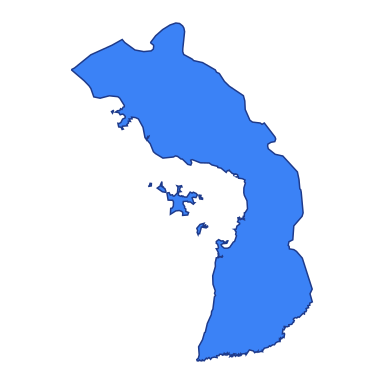 Kolaka, Sulawesi Tenggara, Indonesia (Mercator projection)
{"feature_id": "22746128B69202393010200", "entity_name": "Kolaka", "entity_type": "district", "adm_level": 2, "iso_a3": "IDN", "parent_name": "Indonesia", "parent_adm1": "Sulawesi Tenggara", "projection": "mercator", "projection_center": [121.519, -4.102], "detail": "fine", "context": "isolated", "style": "filled", "palette": "blue", "viewbox_px": 384, "rotation_deg": 0, "n_neighbors": 0, "source": "geoboundaries", "source_scale": "gbopen_adm2", "svg_char_len": 6063}
<svg xmlns="http://www.w3.org/2000/svg" viewBox="0 0 384 384"><path d="M312.3,301.9L310.0,293.8L312.2,289.1L302.3,258.1L296.5,251.4L293.8,249.6L289.4,248.9L289.1,246.3L288.2,245.4L288.9,241.8L292.8,239.8L293.8,225.9L302.1,216.3L303.1,212.9L301.2,192.1L300.7,189.7L299.8,188.8L299.0,179.6L297.4,171.9L282.8,156.0L275.2,154.3L268.3,148.8L267.6,146.0L267.9,144.1L271.0,142.3L274.8,141.6L275.7,139.0L275.0,137.0L264.3,123.0L262.0,124.3L260.2,123.0L252.5,122.1L249.9,120.2L245.2,109.5L244.8,100.9L243.4,95.7L229.3,86.2L224.4,81.4L219.3,73.5L216.5,72.2L215.3,69.9L202.6,62.6L193.7,60.6L192.2,59.1L183.7,54.5L182.7,51.5L182.8,48.6L184.6,31.6L183.9,28.1L182.6,25.9L179.6,23.5L175.8,23.0L170.0,25.0L162.6,29.6L155.7,35.7L150.7,42.3L150.9,43.1L153.5,45.1L153.7,46.2L153.3,49.1L151.1,50.9L143.8,51.6L135.0,50.0L124.7,42.5L122.2,39.5L112.0,45.2L90.8,54.8L74.5,68.0L71.8,69.4L71.7,70.1L84.1,80.7L89.1,85.9L90.9,88.6L93.8,96.9L100.1,98.2L109.4,95.8L117.8,96.7L119.7,98.1L124.3,105.4L124.3,106.8L123.1,107.2L121.9,109.4L120.6,108.7L119.7,110.5L117.5,110.7L115.5,112.1L118.8,112.6L120.2,114.8L122.2,114.1L123.5,114.4L125.3,116.5L125.1,117.9L122.6,119.1L120.9,122.4L119.2,123.5L117.9,123.3L118.7,126.9L121.1,127.3L122.1,129.5L123.3,129.1L122.4,127.8L122.5,126.2L127.4,125.8L126.9,124.5L128.5,123.0L128.3,121.2L130.4,121.4L129.1,119.0L132.1,118.8L131.6,117.1L135.5,117.6L138.4,118.9L143.0,127.3L145.0,137.7L146.3,138.4L145.8,138.7L146.4,139.6L146.5,138.7L147.5,138.2L147.4,137.8L147.8,136.7L148.0,136.7L148.4,137.1L148.4,136.9L148.8,136.6L148.8,136.3L149.0,136.2L148.9,136.6L148.5,137.2L147.9,136.7L147.6,138.3L146.6,139.4L150.2,143.7L153.4,151.7L155.5,153.6L162.9,158.1L173.4,157.0L175.5,155.9L177.6,156.4L181.0,159.0L182.4,159.1L187.8,164.4L190.8,165.1L191.7,162.9L190.7,160.2L192.2,159.6L200.4,162.8L209.2,163.0L211.8,164.9L217.6,166.4L217.8,167.5L221.0,168.1L226.2,172.4L227.3,170.7L228.9,170.3L228.5,171.3L229.2,170.4L232.1,173.3L234.0,174.1L233.9,175.0L235.0,174.3L234.4,173.9L235.6,174.0L235.3,174.8L235.6,174.0L237.5,174.6L237.7,176.7L236.4,176.9L236.9,177.1L238.3,176.6L238.5,178.2L242.4,178.7L245.0,180.0L244.4,181.8L245.4,183.0L243.9,187.9L243.8,192.7L244.3,195.2L247.0,200.8L247.5,208.9L245.1,212.7L244.4,212.8L244.3,216.5L242.7,216.2L243.8,216.7L243.0,217.7L244.1,218.7L243.5,218.8L243.9,219.5L241.5,218.5L241.6,219.1L240.3,219.6L239.6,217.8L239.3,218.5L238.8,217.6L237.9,217.8L238.4,220.1L237.5,221.8L239.7,223.2L239.6,224.1L236.9,226.1L236.2,229.1L234.4,229.3L235.5,229.8L235.1,230.6L236.2,231.9L235.6,234.4L236.5,235.8L234.6,241.4L233.3,242.1L229.8,247.2L227.6,248.2L224.3,248.2L221.9,246.3L221.1,244.8L222.6,243.7L226.8,243.3L227.9,240.9L227.1,240.8L226.1,242.5L225.2,242.7L224.8,241.8L223.8,242.7L223.1,240.8L221.2,241.0L218.7,239.6L216.3,241.5L216.3,243.4L217.6,244.1L218.5,247.5L218.0,248.6L216.3,248.7L218.3,252.4L218.0,253.9L218.8,254.1L217.9,256.9L218.7,257.2L218.8,256.6L219.4,256.3L221.7,257.1L222.3,255.9L222.6,256.3L222.0,257.3L219.3,256.6L218.6,257.6L216.3,257.8L215.2,262.8L215.4,266.4L212.7,275.8L213.0,284.3L215.3,291.0L214.5,293.3L215.5,295.4L214.4,296.9L212.9,309.1L211.6,311.5L211.3,314.6L207.3,323.5L205.3,332.2L204.5,332.7L202.5,339.7L198.6,346.8L199.2,355.0L198.2,358.4L196.8,359.5L197.1,360.7L198.1,361.0L199.6,359.9L199.9,360.6L201.9,360.9L202.3,359.8L204.1,360.8L206.3,358.2L207.2,358.9L209.0,357.5L210.6,359.3L211.8,357.7L214.4,357.1L217.1,357.6L216.7,355.7L219.0,355.6L219.5,354.4L221.1,354.2L222.5,355.1L223.1,354.2L223.4,354.8L224.0,354.3L224.7,354.7L224.6,353.5L225.8,354.5L225.7,353.8L226.4,354.0L227.2,353.0L227.5,354.6L228.9,353.2L229.0,354.6L230.6,355.2L230.0,356.5L231.1,356.0L231.8,356.8L232.7,356.5L232.3,355.6L233.0,356.1L232.3,355.1L233.8,353.6L234.5,353.8L234.0,354.9L234.8,354.4L234.5,355.2L235.4,356.2L235.8,355.5L236.8,355.7L236.9,354.6L238.1,355.7L238.4,354.8L238.9,356.0L239.8,355.8L239.4,354.4L240.4,355.1L240.8,353.7L241.5,354.7L241.7,354.0L244.3,353.6L245.2,354.1L245.4,353.4L245.9,353.2L246.1,354.7L249.4,349.9L253.4,351.0L254.7,352.7L256.1,351.8L257.0,352.3L257.9,351.3L257.8,351.9L258.7,352.1L260.9,351.4L262.6,351.7L262.2,350.2L263.2,350.0L264.3,348.2L268.1,347.3L269.5,345.8L270.4,346.4L272.7,344.8L274.5,344.8L275.7,342.9L277.7,341.7L280.0,341.5L279.5,340.3L280.8,340.1L279.6,339.7L279.5,338.5L280.4,338.7L280.7,337.8L281.7,338.7L282.8,337.2L284.0,337.6L284.6,334.0L284.2,333.3L282.4,333.8L282.9,329.3L284.0,329.8L285.1,327.7L284.1,327.2L284.2,326.4L287.2,326.8L289.1,326.1L288.8,324.8L291.8,324.3L293.2,322.1L294.2,322.4L293.5,321.9L294.3,320.6L293.3,319.4L293.6,318.6L295.3,317.6L296.8,318.0L298.1,316.9L299.2,317.3L303.0,313.4L304.4,314.0L304.5,311.9L306.0,311.6L306.6,310.1L306.1,308.5L308.6,307.7L307.9,305.6L309.8,305.3L309.7,303.2L312.3,301.9ZM190.2,192.1L186.8,197.1L184.4,197.0L182.9,196.0L182.3,196.6L181.5,195.8L180.7,196.3L178.3,195.2L178.7,192.0L181.0,191.6L179.8,190.4L179.7,189.1L180.5,186.9L181.9,186.9L181.5,185.7L178.7,186.3L177.0,185.8L178.0,187.5L177.4,192.9L174.4,196.0L173.2,196.1L172.5,194.8L170.3,195.1L169.1,192.6L166.9,193.0L168.1,200.1L172.7,200.3L173.5,202.0L173.3,206.2L172.2,208.1L170.7,208.4L170.4,214.3L175.8,210.9L179.3,210.5L181.7,211.4L182.8,212.7L182.6,215.4L187.7,215.0L188.6,212.5L185.8,211.5L185.8,209.0L184.5,208.0L184.7,206.6L183.0,203.8L183.3,201.5L187.4,201.2L187.9,202.0L190.4,202.0L193.3,204.2L194.7,202.8L193.8,202.8L192.1,197.8L193.2,197.2L195.9,197.6L197.4,194.9L196.2,193.5L193.3,192.2L192.1,193.1L190.2,192.1ZM202.9,226.1L204.1,223.3L200.1,224.4L196.8,228.3L197.7,230.8L197.1,232.3L198.1,234.7L198.5,233.4L199.6,233.7L201.4,227.0L206.1,227.9L207.7,226.8L207.5,226.1L205.6,227.2L205.0,226.5L206.1,224.5L204.0,226.1L202.9,226.1ZM162.0,186.0L161.9,181.6L160.5,184.7L161.1,185.2L157.2,188.1L162.4,191.8L165.4,192.3L165.9,191.4L164.9,188.6L162.1,186.7L162.7,186.5L162.0,186.0ZM201.0,195.4L199.1,195.1L198.9,195.7L199.7,198.9L202.5,199.3L202.6,198.2L200.5,197.0L201.0,195.4ZM148.3,186.5L151.3,185.9L151.4,183.5L150.1,183.3L149.4,185.6L148.3,186.5ZM112.5,113.2L113.5,110.9L113.2,110.5L111.5,111.6L112.5,113.2Z" fill="#3b82f6" stroke="#1e3a8a" stroke-width="1.5"/></svg>